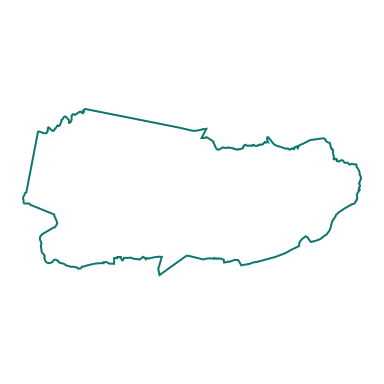 Tzintzuntzan, Michoacán, Mexico
{"feature_id": "50627088B10227189908038", "entity_name": "Tzintzuntzan", "entity_type": "district", "adm_level": 2, "iso_a3": "MEX", "parent_name": "Mexico", "parent_adm1": "Michoacán", "projection": "albers", "projection_center": [-101.539, 19.611], "detail": "fine", "context": "isolated", "style": "outline", "palette": "teal", "viewbox_px": 384, "rotation_deg": 0, "n_neighbors": 0, "source": "geoboundaries", "source_scale": "gbopen_adm2", "svg_char_len": 5911}
<svg xmlns="http://www.w3.org/2000/svg" viewBox="0 0 384 384"><path d="M299.1,246.0L299.2,243.3L300.5,240.8L302.5,238.7L305.7,236.3L306.8,236.7L307.7,237.5L309.9,240.9L311.1,242.0L318.1,240.0L320.6,238.8L324.8,235.5L326.8,234.3L327.3,233.8L327.6,233.1L329.8,230.0L330.1,228.8L330.6,227.8L331.1,225.2L331.3,224.7L331.6,223.3L331.9,222.5L332.4,221.7L332.4,220.8L332.8,220.1L333.4,219.9L334.0,218.6L335.6,216.2L336.0,214.8L337.7,213.4L338.4,212.6L344.9,208.2L346.6,207.3L349.1,205.8L350.0,205.6L350.8,204.8L352.1,204.1L353.2,204.1L353.9,203.8L355.2,202.7L355.4,202.3L355.5,201.4L356.3,200.8L356.5,199.9L356.9,199.8L357.0,199.7L356.9,199.1L357.3,197.9L356.8,194.5L359.5,190.1L359.6,189.8L358.7,190.0L358.9,189.1L359.0,187.8L359.3,187.0L360.0,186.3L360.0,186.0L360.0,185.5L359.1,183.8L359.0,183.5L359.2,183.3L359.3,182.9L359.5,182.8L359.5,182.2L359.8,181.8L360.0,180.9L360.8,179.3L361.0,178.0L360.6,177.4L360.8,177.0L360.7,176.4L360.1,175.1L359.6,174.6L359.7,172.9L358.8,170.1L357.7,168.3L356.7,167.2L356.7,166.4L356.2,164.4L353.7,164.4L352.4,163.9L351.6,163.8L350.0,164.6L349.6,164.6L349.0,164.3L348.2,163.1L347.6,162.7L344.9,162.8L344.4,162.6L343.2,160.8L342.5,160.3L341.8,160.2L341.1,160.2L339.1,161.5L337.9,161.4L336.8,161.0L337.1,160.1L336.5,159.9L336.3,158.9L334.7,158.8L334.2,158.9L334.0,159.3L333.6,159.1L333.9,157.4L333.1,153.5L333.0,151.4L332.7,150.6L332.7,150.2L332.9,149.9L332.9,149.7L332.0,149.6L331.6,149.2L331.7,148.3L331.0,147.8L330.5,146.0L330.5,145.3L330.1,144.3L329.9,143.0L327.8,142.3L326.2,141.3L326.0,140.8L324.7,138.7L323.0,138.3L310.1,140.1L303.7,143.4L298.3,145.8L298.1,147.0L298.3,147.1L298.2,147.3L297.9,147.3L297.7,148.1L296.7,146.5L294.8,147.2L294.6,147.4L294.3,147.9L294.4,148.2L294.4,148.8L293.8,149.2L293.0,148.9L292.7,148.9L292.2,148.6L292.1,148.4L289.5,149.7L287.9,148.5L285.3,148.6L280.5,146.8L278.4,146.3L276.0,145.4L274.5,144.7L273.1,143.3L268.8,137.9L268.5,137.3L267.2,137.4L267.0,138.3L267.6,141.5L268.0,142.3L266.9,142.0L266.4,142.5L265.8,142.4L265.4,142.0L265.1,142.0L265.1,142.6L263.5,143.1L263.4,143.8L263.2,144.1L261.2,144.8L261.1,144.6L260.3,144.4L258.9,145.2L258.7,145.1L257.4,145.5L257.0,146.0L255.2,145.8L254.5,145.6L253.9,144.8L253.4,145.0L252.9,145.0L252.4,145.1L252.3,145.8L252.0,145.9L251.2,145.7L250.6,145.8L250.4,145.6L248.9,145.6L248.4,145.8L247.4,145.7L246.1,145.3L245.8,144.8L245.1,144.8L244.5,145.5L244.1,145.8L243.5,145.8L243.3,146.1L243.3,147.0L243.1,148.2L242.2,148.5L241.7,148.5L240.2,149.2L238.4,149.1L238.0,149.7L236.9,149.7L236.1,149.5L235.9,149.2L234.7,148.7L234.3,148.9L233.7,148.9L233.4,148.4L232.7,148.2L231.7,148.1L228.0,147.4L226.9,148.0L223.4,147.7L222.8,147.3L220.6,148.8L219.6,149.3L218.0,149.7L216.8,149.0L216.0,148.1L215.7,147.6L214.2,143.9L213.4,143.0L213.5,141.6L208.6,138.4L206.3,137.1L205.1,137.8L203.1,138.0L201.6,138.0L206.3,128.9L205.2,129.1L202.7,129.1L201.1,129.8L197.0,130.6L194.2,130.8L192.7,130.8L180.0,127.8L148.9,121.6L85.3,109.0L84.8,109.2L83.8,110.0L84.1,110.1L84.2,110.3L84.1,110.6L83.7,110.6L83.7,110.8L83.4,111.0L83.4,111.3L83.6,111.5L83.7,112.3L83.3,112.6L83.1,113.2L82.7,113.2L82.5,112.9L82.0,112.8L81.8,112.6L81.8,112.2L81.5,111.9L81.2,111.7L80.6,111.7L80.4,111.8L79.9,111.8L79.9,112.1L79.3,112.1L78.6,112.5L76.8,113.6L75.5,114.8L74.9,114.8L74.1,114.3L73.3,114.2L72.6,114.4L72.4,114.9L71.6,115.7L71.8,116.3L71.6,117.1L71.6,119.3L71.5,120.1L71.1,121.3L70.5,122.1L69.5,122.9L68.9,122.7L69.1,120.9L68.7,119.8L65.9,116.7L65.5,116.4L64.1,116.8L62.8,119.0L61.3,120.2L61.5,121.3L60.7,122.7L60.4,124.2L59.3,126.0L57.6,125.9L57.4,125.6L55.9,127.9L54.9,128.7L54.3,129.8L54.4,130.0L53.9,130.5L53.2,131.0L51.0,129.8L49.4,128.0L48.5,127.4L47.8,128.1L47.9,129.2L47.6,129.9L47.8,130.1L47.8,130.5L47.6,131.4L47.3,131.9L47.1,132.0L46.8,132.8L46.3,132.8L46.0,133.2L45.2,133.4L44.0,133.2L41.7,132.5L40.5,131.9L39.0,131.6L38.0,131.7L26.3,192.5L25.2,193.0L24.8,193.6L24.3,195.2L23.1,197.3L23.0,198.4L23.6,200.2L23.5,201.3L23.7,202.7L23.8,203.1L24.4,203.4L25.5,203.6L28.2,203.4L29.1,203.5L30.5,205.0L30.9,205.0L54.2,214.5L54.5,216.3L56.5,220.6L56.9,222.3L57.2,223.1L57.1,223.9L54.8,227.4L54.6,227.5L53.3,227.6L51.7,228.7L50.4,229.4L50.1,229.6L46.1,231.9L45.5,232.4L44.5,232.8L43.1,233.6L42.3,234.2L41.7,235.0L40.7,235.6L40.5,236.7L39.9,237.6L39.8,238.2L40.1,239.9L41.4,243.3L41.4,243.9L41.0,245.0L40.9,245.8L41.6,251.3L41.9,252.3L42.5,253.2L43.4,254.0L43.8,254.7L44.1,254.8L44.5,255.3L44.7,256.3L44.6,257.1L44.2,257.3L44.3,258.0L45.4,260.9L46.3,262.2L47.1,262.7L48.4,263.1L49.7,263.1L51.4,262.5L52.3,262.1L53.5,260.4L54.1,259.9L55.8,259.6L57.2,260.5L57.6,260.9L58.3,261.0L58.9,262.4L60.0,262.9L61.1,263.0L62.2,263.4L63.1,263.5L64.2,264.0L66.1,265.4L67.1,265.7L68.5,265.9L69.7,266.6L70.7,266.8L71.8,266.6L73.1,266.7L75.8,267.3L76.9,267.4L77.7,268.3L78.1,268.6L79.2,268.4L79.7,268.6L80.3,268.5L81.0,268.0L81.5,267.6L81.9,266.6L82.2,266.5L83.8,266.5L85.1,266.2L86.6,265.5L87.0,265.5L90.5,264.6L95.0,263.6L99.5,263.2L103.6,263.2L103.6,262.1L106.6,262.1L109.2,263.6L114.1,263.8L114.1,258.1L117.1,258.1L117.2,257.0L120.7,257.0L120.4,257.8L121.7,259.1L121.8,260.0L122.3,260.4L122.6,260.5L123.2,259.2L124.0,258.4L124.0,257.9L125.1,257.8L127.3,258.0L130.7,257.6L131.4,258.0L134.0,258.8L137.9,259.2L139.2,259.6L142.4,257.6L142.7,257.4L142.7,257.0L143.3,256.8L145.4,258.6L145.7,259.3L145.8,259.3L145.8,258.2L146.9,257.9L148.2,258.7L147.9,258.8L152.9,257.5L158.5,256.7L161.8,256.9L158.3,268.8L159.5,275.0L184.0,257.5L186.5,255.8L186.8,255.7L189.3,256.0L197.1,257.9L202.9,259.4L204.7,259.2L205.9,258.7L209.9,258.3L212.4,258.7L213.3,258.7L213.4,258.3L214.3,258.0L214.4,258.7L216.4,258.7L215.9,258.4L221.3,258.6L222.5,259.4L223.7,259.6L224.1,262.5L226.0,262.3L227.6,261.6L229.7,261.8L230.3,261.6L230.7,261.3L232.6,260.7L233.8,260.1L235.5,259.8L236.0,260.1L236.9,260.0L238.3,260.2L241.3,265.3L249.7,263.8L252.3,262.7L253.6,262.4L257.8,261.7L275.1,257.0L282.6,254.2L286.6,252.5L290.5,250.2L299.1,246.0Z" fill="none" stroke="#0f766e" stroke-width="2"/></svg>